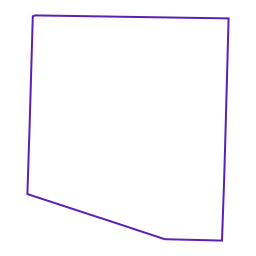 outline of Randolph, Missouri, United States of America
{"feature_id": "52423323B90263846548439", "entity_name": "Randolph", "entity_type": "district", "adm_level": 2, "iso_a3": "USA", "parent_name": "United States of America", "parent_adm1": "Missouri", "projection": "natural_earth1", "projection_center": [-92.479, 39.428], "detail": "fine", "context": "isolated", "style": "outline", "palette": "violet", "viewbox_px": 256, "rotation_deg": 0, "n_neighbors": 0, "source": "geoboundaries", "source_scale": "gbopen_adm2", "svg_char_len": 310}
<svg xmlns="http://www.w3.org/2000/svg" viewBox="0 0 256 256"><path d="M224.2,177.9L225.0,150.4L228.6,18.4L35.1,15.4L32.8,16.3L29.3,136.4L29.1,140.5L27.4,194.1L96.1,216.6L100.6,218.0L164.7,239.2L193.3,239.9L194.2,239.9L222.0,240.6L223.9,186.5L224.2,177.9Z" fill="none" stroke="#5b21b6" stroke-width="2"/></svg>